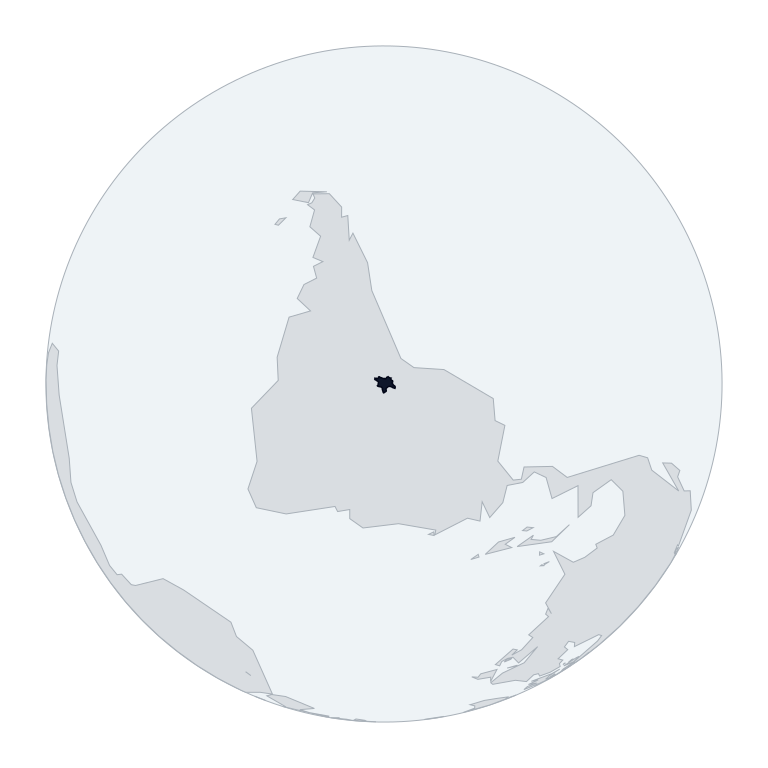 the Earth from above Cochabamba, rotated 154°
{"feature_id": "BOL-1291", "entity_name": "Cochabamba", "entity_type": "Department", "adm_level": 1, "iso_a3": "BOL", "parent_name": "Bolivia", "parent_adm1": "", "projection": "orthographic", "projection_center": [-65.4, -17.184], "detail": "fine", "context": "on_globe", "style": "filled", "palette": "ink", "viewbox_px": 768, "rotation_deg": 154, "n_neighbors": 0, "source": "natural_earth", "source_scale": "10m", "svg_char_len": 7245}
<svg xmlns="http://www.w3.org/2000/svg" viewBox="0 0 768 768"><g transform="rotate(154 384 384)"><circle cx="384" cy="384" r="338" fill="#eef3f6" stroke="#a8b0b8"/><path d="M304.3,55.6L308.4,54.7L318.1,52.6L317.4,53.1L325.8,51.2L324.6,51.3L324.8,51.3L333.6,49.9L330.8,50.4L333.7,50.0L331.3,50.5L335.7,49.7L335.0,50.5L344.0,48.6L350.5,48.3L347.8,49.3L337.2,50.6L304.7,59.4L298.7,62.5L300.9,64.6L328.0,64.5L325.9,68.1L330.9,71.8L337.1,68.6L335.3,64.7L348.0,60.7L344.3,57.5L348.9,55.8L349.5,52.9L361.1,52.1L372.1,53.3L372.2,56.0L377.0,57.0L386.4,54.1L395.8,60.1L417.9,66.4L419.0,68.7L404.2,72.2L380.2,72.0L361.0,80.6L385.3,74.3L387.8,81.8L393.2,83.2L399.9,82.9L403.6,80.0L406.9,83.0L384.2,89.2L380.8,86.6L388.0,84.3L376.8,84.8L361.4,90.9L363.9,95.1L338.1,102.8L339.6,106.3L334.8,110.6L334.2,104.2L334.7,116.4L304.8,133.7L305.0,159.3L292.0,140.8L279.5,140.2L264.3,143.1L263.9,147.1L244.2,147.7L225.1,160.3L216.3,182.9L221.7,198.4L243.8,194.7L251.3,183.8L268.0,179.1L254.2,207.6L283.2,207.4L279.3,228.9L287.5,239.1L302.4,234.7L317.8,238.8L329.2,225.3L347.5,217.6L347.4,235.1L357.8,218.7L367.8,226.8L404.4,226.1L401.5,230.0L432.2,252.1L466.0,263.8L473.8,278.0L469.8,286.2L481.6,289.7L481.7,295.4L528.9,310.1L553.0,328.8L552.3,349.3L532.0,370.1L513.8,420.3L477.5,433.6L468.3,454.9L440.0,485.7L418.0,481.9L424.5,498.9L412.3,508.5L398.1,508.7L395.8,520.7L385.3,520.8L392.4,528.9L376.2,544.6L381.7,557.8L370.1,570.9L374.1,578.7L369.4,578.5L364.7,581.5L364.5,586.0L349.7,579.0L344.5,561.6L349.0,552.5L342.7,551.3L352.2,528.5L345.8,533.2L345.6,500.2L354.0,473.3L357.6,399.5L349.9,385.6L323.8,370.7L292.2,323.0L300.2,302.4L293.5,293.8L315.5,264.8L310.0,241.0L302.3,238.2L294.5,248.0L268.7,236.1L260.3,219.7L186.0,208.1L179.4,202.1L181.1,189.2L166.0,158.6L168.1,190.9L160.3,186.8L156.0,176.6L160.8,171.8L161.1,156.3L155.6,153.8L163.1,135.9L190.3,109.4L190.7,110.7L197.1,105.1L197.1,103.6L195.5,104.1L204.9,97.4L228.4,84.0L253.0,72.5L278.3,63.0L304.3,55.6ZM302.4,168.7L335.6,179.5L316.0,182.6L319.9,179.8L311.6,174.8L296.0,171.3L279.0,176.3L302.4,168.7ZM319.0,152.4L313.2,151.9L319.0,151.3L319.0,152.4ZM193.7,105.2L196.4,104.1L193.9,107.2L190.8,108.4L193.7,105.2ZM197.4,102.3L195.0,103.9L195.3,103.7L197.4,102.3ZM343.1,53.7L346.2,53.3L344.5,54.0L343.1,53.7ZM340.3,53.0L336.1,54.1L334.2,54.0L336.8,53.3L340.3,53.0ZM346.0,51.8L331.3,53.7L328.0,53.7L335.4,51.2L346.0,51.8ZM322.1,51.8L323.3,51.6L316.8,52.8L317.5,52.7L322.1,51.8ZM374.8,594.1L351.1,581.8L364.3,587.1L372.4,580.1L385.2,589.8L374.8,594.1ZM399.3,576.4L409.3,573.0L412.0,575.3L405.6,578.2L399.3,576.4ZM615.9,138.2L613.7,136.8L626.0,155.1L621.0,154.1L609.4,146.2L588.8,122.9L602.4,128.2L595.3,121.5L578.8,109.4L584.3,112.5L579.2,108.7L583.0,111.0L580.9,109.4L615.9,138.2ZM685.8,536.1L685.5,536.6L678.7,549.1L671.9,559.1L664.3,566.0L662.0,556.2L669.8,544.0L680.8,516.5L699.5,455.2L708.5,432.8L711.6,412.6L709.1,363.1L710.2,341.2L707.5,329.6L703.2,328.1L699.1,314.4L695.6,311.8L667.9,305.9L654.4,286.7L626.0,237.0L627.3,221.7L618.6,202.2L620.2,154.2L630.6,161.3L643.4,167.5L646.8,171.5L656.2,184.0L662.5,192.6L675.4,212.9L686.8,234.1L696.8,256.0L705.1,278.6L711.8,301.8L716.8,325.3L720.1,349.1L721.7,373.2L721.7,397.2L719.9,421.2L716.4,445.1L711.2,468.6L704.3,491.6L695.8,514.2L685.8,536.1ZM631.5,180.3L634.2,185.6L634.3,185.6L631.5,180.3ZM405.5,225.9L409.9,229.3L404.0,229.3L405.5,225.9ZM312.9,189.5L320.1,189.3L323.7,191.5L318.1,192.7L312.9,189.5ZM374.5,186.8L382.9,188.2L374.0,189.6L374.5,186.8ZM340.9,181.0L367.7,186.5L350.3,191.8L333.5,188.8L345.3,186.8L340.9,181.0ZM314.8,161.3L319.3,162.0L317.7,164.9L314.8,161.3ZM323.2,152.0L321.4,152.4L319.4,150.4L323.2,152.0ZM389.1,81.4L391.0,81.0L397.8,81.4L394.3,82.6L389.1,81.4ZM429.1,77.4L433.5,82.3L428.0,79.2L424.1,81.1L407.6,77.9L418.7,69.8L416.6,73.7L429.1,77.4ZM388.7,72.6L397.9,74.7L387.3,72.8L388.7,72.6ZM547.5,88.7L553.3,91.8L558.4,95.1L556.0,95.2L548.6,90.1L547.5,88.7ZM550.5,90.0L551.4,90.5L557.3,93.9L576.5,106.3L578.3,107.5L570.8,103.8L570.0,102.4L564.4,99.0L560.2,95.7L539.3,83.9L550.5,90.0ZM494.9,64.8L493.8,64.6L484.5,61.7L475.7,58.9L482.1,60.6L494.9,64.8ZM361.9,48.1L357.6,48.6L357.6,48.3L361.2,47.8L361.9,48.1ZM363.9,46.7L380.7,46.8L376.7,47.0L392.2,48.0L387.7,49.2L377.8,48.3L385.9,50.6L375.2,50.4L381.9,52.2L360.3,50.1L351.0,50.7L363.1,49.3L367.5,48.0L366.6,47.6L357.1,47.4L339.2,49.1L340.0,49.0L356.5,47.2L358.4,47.1L363.9,46.7ZM457.0,54.1L444.6,52.9L443.5,54.9L447.2,58.0L432.5,55.6L419.7,51.7L410.0,48.5L413.1,47.6L405.9,47.2L405.3,46.9L411.2,47.3L401.7,46.6L402.7,46.6L430.0,49.2L457.0,54.1ZM633.0,155.6L637.1,160.1L635.6,158.5L628.8,151.1L629.0,151.3L633.0,155.6Z" fill="#d9dde1" stroke="#a8b0b8" stroke-width="1"/><path d="M375.1,386.2L375.8,385.8L375.9,385.7L375.7,385.4L375.8,385.2L375.7,384.9L375.7,384.7L375.7,384.4L375.6,384.0L375.5,383.9L375.4,383.7L375.0,383.4L374.9,383.3L374.9,383.2L375.0,383.0L375.0,382.9L375.1,382.7L375.1,382.4L375.2,382.1L375.4,382.0L375.5,381.9L375.8,381.9L376.0,381.8L376.1,381.7L376.3,381.5L376.3,381.4L376.3,381.0L376.3,380.5L376.2,380.4L376.1,380.1L376.0,379.9L376.0,379.7L376.1,379.4L376.1,378.7L375.9,378.5L375.9,378.4L375.7,378.3L375.7,378.2L375.4,377.8L375.3,377.6L375.2,377.5L375.2,377.4L375.3,377.0L375.3,376.8L375.2,376.7L375.3,376.5L375.3,376.4L375.4,376.2L375.5,375.9L375.7,375.7L376.1,375.3L377.7,376.9L377.8,377.0L378.0,377.4L378.0,377.5L378.3,377.9L379.2,378.9L379.4,379.0L379.9,379.4L380.2,379.5L380.7,379.6L381.2,379.8L381.5,379.8L383.7,379.2L384.2,378.9L384.3,378.8L384.4,378.7L384.7,377.7L384.7,377.4L384.9,377.1L385.2,376.6L385.3,376.5L387.5,376.2L388.1,376.1L388.2,376.3L387.9,376.3L388.1,376.4L388.1,376.5L387.9,376.5L388.0,376.7L388.0,376.8L388.1,377.0L388.0,377.4L388.0,377.5L388.2,377.8L388.1,378.0L388.1,378.3L388.1,378.5L388.0,378.8L388.0,379.0L388.0,379.3L387.9,379.7L387.9,379.8L387.8,380.0L387.6,380.1L387.5,380.3L387.5,380.5L387.4,381.0L387.3,381.3L387.5,381.5L387.6,382.2L387.7,382.3L388.2,382.9L388.4,383.0L388.5,383.0L389.0,383.5L389.4,383.7L389.5,383.8L389.8,384.0L390.2,384.5L390.5,384.7L390.5,384.8L390.6,385.0L390.7,385.3L390.4,385.4L390.2,385.4L389.9,385.4L389.7,385.6L389.6,385.9L389.6,386.0L388.7,387.3L388.6,387.5L388.1,387.9L388.0,388.0L387.9,388.1L387.9,388.3L387.9,388.5L388.2,388.7L388.3,388.9L388.4,389.2L388.5,389.5L388.8,389.7L388.8,389.8L389.0,390.1L389.2,390.5L389.3,390.7L389.4,390.8L389.4,391.0L389.5,391.3L389.8,391.5L390.0,391.6L390.1,391.8L390.1,392.1L390.2,392.3L390.0,392.5L389.9,392.7L389.8,392.4L389.6,392.4L389.1,392.7L389.1,392.8L388.7,392.8L388.6,392.7L388.4,392.6L388.3,392.4L388.2,392.2L387.9,391.9L387.6,391.9L387.4,391.7L387.1,391.7L386.7,391.8L386.4,391.9L386.2,392.1L386.0,392.3L386.0,392.5L385.9,392.6L385.7,392.7L385.4,392.4L385.0,392.5L384.9,392.4L384.9,392.2L384.8,391.9L384.7,391.9L384.6,391.7L384.4,391.5L384.3,391.4L384.3,391.2L384.2,391.2L383.9,391.0L383.6,390.8L383.4,390.4L383.2,390.2L382.9,390.0L382.8,389.8L382.8,389.7L382.6,389.6L382.4,389.5L382.3,389.4L382.0,389.0L381.6,388.8L381.5,388.6L381.4,388.6L381.0,388.7L380.9,388.6L380.7,388.4L380.6,388.1L380.4,388.0L380.1,388.0L379.9,388.0L379.7,388.0L379.2,388.4L379.1,388.5L378.8,388.7L378.7,388.8L378.3,388.7L378.0,388.7L377.7,388.7L377.1,388.8L376.8,388.0L376.4,387.4L376.1,387.0L376.0,386.9L375.1,386.2Z" fill="#0f172a" stroke="#020617" stroke-width="1.5"/></g></svg>